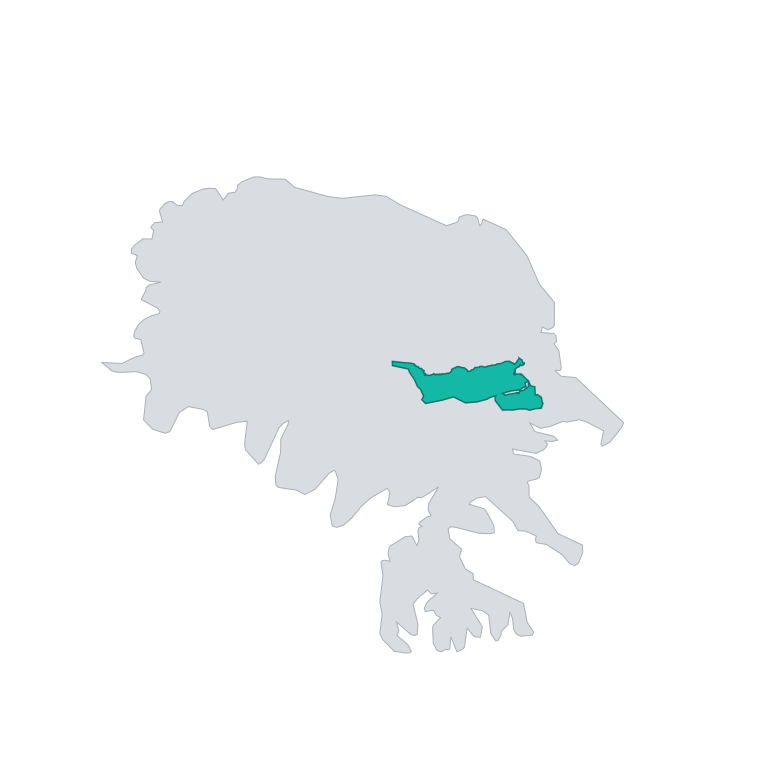 location of Bláskógabyggð, Suðurland, Iceland, rotated 225°
{"feature_id": "244011B85102906551816", "entity_name": "Bláskógabyggð", "entity_type": "district", "adm_level": 2, "iso_a3": "ISL", "parent_name": "Iceland", "parent_adm1": "Suðurland", "projection": "albers", "projection_center": [-20.271, 64.468], "detail": "fine", "context": "in_parent", "style": "filled", "palette": "teal", "viewbox_px": 768, "rotation_deg": 225, "n_neighbors": 0, "source": "geoboundaries", "source_scale": "gbopen_adm2", "svg_char_len": 9414}
<svg xmlns="http://www.w3.org/2000/svg" viewBox="0 0 768 768"><g transform="rotate(225 384 384)"><path d="M553.1,222.4L558.9,222.5L567.9,217.5L580.3,204.0L585.7,200.8L598.6,199.7L583.9,213.1L579.2,226.7L575.3,233.5L575.6,236.3L587.4,243.4L592.5,240.3L595.0,241.1L597.4,244.7L599.5,252.0L599.3,259.9L596.7,267.9L592.9,274.8L593.7,276.8L597.3,277.6L615.5,272.0L618.4,281.3L620.4,284.4L620.2,287.6L613.7,298.5L621.8,291.3L628.6,288.8L640.6,290.9L645.8,294.1L649.3,300.4L655.0,297.7L658.1,301.1L658.6,305.1L657.1,316.2L650.6,322.4L655.6,329.8L659.2,329.6L660.0,331.4L660.1,336.1L655.2,342.1L664.8,347.3L666.2,349.4L666.4,356.5L665.3,360.6L662.8,363.2L656.3,364.3L652.6,367.3L654.4,371.4L654.3,383.3L650.1,393.5L645.7,399.2L641.2,403.0L627.7,400.5L629.0,408.8L624.8,414.4L626.0,418.6L627.9,420.6L627.6,426.2L622.6,438.2L618.6,442.3L610.4,447.5L598.8,458.9L586.3,459.8L556.4,476.9L544.7,485.8L524.2,511.3L515.2,518.2L499.4,522.1L451.8,540.1L446.8,549.8L446.6,551.9L448.9,555.4L445.4,562.3L438.3,567.4L434.8,567.5L428.6,563.6L427.9,565.6L430.5,570.6L406.9,579.5L373.7,575.8L344.4,564.4L321.2,562.2L305.0,545.9L304.6,543.3L306.3,538.3L312.2,536.3L309.4,531.3L299.6,539.9L296.4,539.6L292.2,536.1L292.1,532.7L284.0,531.3L270.0,520.7L269.0,518.4L272.4,515.0L271.8,514.3L264.1,514.8L253.0,524.1L187.2,526.1L185.1,520.9L183.1,502.2L185.7,494.3L188.4,495.2L195.6,506.1L213.3,500.7L220.5,497.0L227.4,486.9L231.2,483.8L236.8,470.9L242.3,463.1L253.4,459.6L243.6,457.1L227.0,467.1L221.5,467.0L224.2,462.5L230.0,457.6L226.1,457.1L224.7,454.7L224.7,449.9L227.7,442.2L247.2,428.9L242.8,426.1L229.3,436.4L219.5,439.7L211.8,434.7L208.2,428.1L208.6,425.3L213.4,417.1L212.7,415.5L209.6,414.6L201.4,406.7L188.0,407.0L155.2,401.2L129.8,410.4L124.1,405.2L119.8,394.4L121.0,390.4L125.5,388.3L137.6,389.3L155.7,385.3L164.1,379.5L167.2,381.2L168.5,384.2L179.7,380.1L185.7,375.0L195.5,377.9L232.5,376.2L237.5,369.3L239.6,360.9L238.8,359.2L225.1,366.5L222.0,366.3L206.4,361.7L200.9,356.9L202.9,353.3L211.5,345.5L232.9,332.7L235.9,330.1L236.2,326.9L228.1,321.0L212.3,322.1L208.5,315.2L195.7,310.8L186.9,312.9L182.5,308.7L130.3,327.5L114.2,316.7L102.5,314.3L101.6,311.2L109.1,302.2L113.9,300.8L118.6,302.0L127.3,309.1L133.4,311.5L126.1,301.4L126.3,292.1L124.0,289.6L122.0,283.4L123.1,281.3L132.3,283.2L146.6,294.7L154.1,293.2L163.9,286.8L142.8,281.9L136.8,273.1L141.6,269.0L152.6,270.1L141.1,255.0L140.7,252.5L143.1,246.2L158.0,252.6L150.5,243.6L150.3,241.7L152.7,240.2L154.2,235.0L158.1,233.1L165.6,235.3L177.1,245.8L178.6,248.6L178.7,258.7L183.4,257.4L189.0,259.0L193.9,252.3L197.0,254.0L199.3,260.3L198.5,273.7L201.9,269.2L207.5,269.0L208.7,257.9L208.0,249.0L190.2,238.1L183.5,230.4L184.4,227.9L188.0,225.8L206.8,224.6L199.0,220.0L197.1,215.4L182.9,216.5L175.7,214.4L175.7,212.1L178.7,208.9L187.6,202.3L203.9,202.3L210.4,204.5L222.7,220.1L232.6,226.6L249.2,247.7L260.0,255.8L260.5,257.9L258.6,260.2L254.4,262.9L260.8,266.6L264.7,272.0L264.9,274.4L261.0,291.0L256.8,296.3L246.6,293.0L248.9,298.3L256.1,304.1L257.7,307.3L256.6,310.4L260.1,309.5L261.2,311.2L259.4,320.7L257.5,324.1L263.6,326.1L267.8,330.9L272.7,350.0L275.7,335.4L277.2,330.0L279.8,328.1L282.9,313.2L290.0,304.4L296.4,301.2L303.0,311.5L307.8,312.6L312.8,294.3L313.5,280.8L312.0,266.0L312.9,255.4L316.1,249.1L320.4,247.1L329.5,253.4L337.2,268.1L348.8,284.0L356.9,288.0L358.3,287.4L359.7,282.2L358.3,261.1L361.8,249.8L371.2,246.9L385.2,236.4L388.5,235.9L395.6,241.7L408.8,262.6L418.1,272.2L423.3,287.7L425.6,290.6L427.4,285.6L427.3,278.6L415.4,246.5L415.1,242.1L416.0,238.5L435.6,239.6L440.1,243.0L454.4,261.0L460.8,253.1L473.0,230.6L477.6,231.0L489.3,239.4L493.7,238.3L506.4,229.6L508.6,219.3L501.8,198.8L503.9,194.4L515.6,188.5L528.7,188.7L543.5,207.0L544.6,216.0L553.1,222.4Z" fill="#d9dde1" stroke="#a8b0b8" stroke-width="1"/><path d="M256.1,479.0L257.9,482.6L259.9,483.5L263.4,485.9L264.1,485.3L264.4,485.2L264.5,485.2L264.6,485.3L264.8,485.3L265.1,485.6L265.3,485.3L267.9,485.1L268.2,484.9L268.2,484.4L268.3,484.1L268.4,483.7L269.0,483.4L269.5,483.3L275.4,488.6L279.0,486.4L283.9,488.2L291.5,488.1L292.0,488.3L292.6,488.0L292.9,488.1L293.1,488.0L293.1,487.9L293.6,487.8L293.7,487.6L293.8,487.7L293.7,487.8L293.8,487.8L293.7,488.0L294.0,488.1L297.3,484.7L297.5,484.3L297.7,483.7L298.1,483.1L298.6,482.7L298.9,482.6L299.4,482.7L299.5,482.8L299.5,483.2L299.7,483.6L299.3,484.0L299.6,484.6L299.3,484.8L299.7,484.9L300.2,484.7L300.3,484.8L300.0,485.1L300.5,485.5L300.5,485.9L300.4,486.1L300.6,486.3L301.1,486.2L301.3,486.3L301.5,486.9L301.7,487.1L301.6,487.3L301.8,487.5L301.7,487.7L301.7,488.1L301.6,488.5L301.8,488.8L301.7,489.1L301.8,489.3L301.8,489.5L301.6,489.7L301.5,490.0L301.2,490.6L301.4,491.1L301.1,491.4L300.8,491.4L300.7,491.7L301.0,492.9L301.1,493.2L301.5,493.5L301.4,494.1L300.7,493.8L300.4,493.8L300.0,494.0L299.7,494.3L299.5,494.9L299.3,495.1L299.0,496.2L298.9,496.6L299.1,497.5L299.3,497.8L299.8,498.1L300.5,497.0L300.8,497.0L301.5,497.5L303.6,498.6L303.9,498.3L304.2,498.2L306.8,497.9L306.5,497.7L306.3,497.2L306.2,497.0L306.2,496.4L306.3,496.0L306.1,495.2L306.1,494.8L306.0,494.3L305.9,494.1L305.5,493.8L305.5,493.6L305.7,493.0L305.7,492.8L305.6,492.2L305.6,491.8L305.6,490.5L305.8,490.1L306.1,489.8L307.3,490.2L307.5,490.1L307.7,489.7L308.1,489.5L309.8,489.3L310.1,489.1L310.3,488.8L310.6,488.7L311.2,488.8L311.4,488.7L312.2,488.1L312.6,487.2L313.8,486.2L314.2,485.5L314.4,485.0L314.6,484.1L315.0,483.3L315.1,482.5L315.4,482.1L315.5,482.0L315.9,481.2L316.4,480.4L317.8,478.7L318.4,477.7L318.4,477.1L318.7,476.4L318.7,476.1L318.8,475.9L319.0,475.6L319.1,475.4L319.6,475.1L319.8,474.6L320.1,474.3L320.2,474.2L320.5,473.9L320.8,473.9L321.0,473.7L321.0,473.3L321.1,473.1L321.8,472.4L322.1,471.7L322.4,471.3L322.7,470.7L323.1,470.3L323.5,469.6L323.5,469.3L323.5,469.0L323.8,468.5L324.0,468.4L324.1,468.1L324.6,467.7L325.1,467.0L325.2,466.7L325.7,466.3L326.4,466.0L326.9,466.0L327.4,465.7L328.0,464.8L328.3,464.5L328.7,464.1L328.6,463.6L328.7,463.3L328.8,462.8L328.9,462.6L329.1,462.3L329.6,462.0L329.9,461.2L330.3,461.0L331.0,460.5L331.2,460.2L331.3,460.0L331.2,459.8L331.2,459.0L331.1,458.4L331.2,457.2L331.4,456.6L331.6,456.4L331.8,456.3L332.1,455.7L332.2,455.2L332.2,454.9L331.9,454.4L331.8,454.2L332.0,453.8L332.3,453.6L333.3,452.6L333.4,452.3L333.7,452.0L334.0,451.9L334.6,452.3L334.7,452.7L334.9,452.8L336.6,452.5L337.0,452.3L338.0,452.2L338.3,452.4L338.5,452.3L339.2,451.7L339.9,451.3L340.3,450.8L340.7,450.7L341.0,450.2L341.4,450.2L341.5,450.1L342.0,449.8L342.6,449.5L342.9,449.4L343.1,449.1L343.4,449.0L343.6,448.7L344.1,448.6L344.5,448.0L344.8,447.0L344.9,446.6L345.2,446.2L345.1,445.7L345.3,445.3L345.5,445.1L345.9,444.4L345.9,444.1L345.8,443.7L346.4,442.9L346.2,442.5L346.3,442.2L346.3,441.9L345.8,441.4L345.5,441.3L345.3,441.2L345.3,440.8L345.3,440.2L345.4,439.8L345.3,439.1L345.3,438.9L345.4,438.5L345.6,438.2L345.8,437.3L346.1,437.1L346.4,437.0L346.5,436.8L346.5,436.4L347.2,435.8L347.6,435.2L347.8,434.5L348.1,434.1L348.2,433.7L348.8,433.2L349.7,432.9L349.8,432.7L349.7,432.3L350.0,431.9L350.0,431.7L350.3,431.6L350.2,431.3L350.3,431.0L350.7,431.1L350.9,430.7L351.2,430.7L351.3,430.6L351.1,430.3L351.2,430.0L351.5,429.9L351.9,429.9L351.8,429.5L351.8,429.4L352.6,429.1L353.1,428.2L353.4,428.4L353.6,428.3L353.9,427.7L354.0,427.3L354.0,427.2L354.1,426.7L354.5,426.4L354.8,426.6L355.0,426.9L356.1,426.6L356.1,426.4L356.1,426.1L356.3,425.7L356.3,425.3L356.7,424.4L357.0,424.0L357.1,423.8L357.1,423.4L357.4,423.1L357.8,422.2L358.3,421.7L358.6,421.7L359.0,421.4L359.2,421.2L359.3,420.9L359.7,420.9L360.0,420.8L360.1,420.3L360.3,420.2L360.6,419.7L360.9,419.1L361.1,419.0L361.4,419.0L361.5,419.5L361.9,419.9L361.9,420.1L361.9,420.3L361.9,420.6L362.0,420.7L362.6,420.4L362.7,419.9L363.0,419.7L363.4,419.7L363.5,419.8L363.7,420.1L364.3,420.5L364.7,420.9L365.0,421.0L364.8,421.4L364.8,421.5L365.2,421.8L365.4,421.6L365.6,421.6L365.9,421.4L366.3,421.4L366.8,421.0L367.2,421.1L367.6,421.0L367.8,421.1L367.9,421.4L368.4,421.5L369.3,420.6L370.2,420.1L370.6,420.1L371.3,420.4L372.1,420.4L372.7,420.1L372.9,419.8L372.9,419.6L373.5,419.4L374.0,419.5L374.3,419.2L374.5,419.1L374.9,419.4L375.1,419.4L375.4,419.0L375.5,418.9L375.8,419.0L376.1,419.4L376.4,419.5L377.0,419.3L379.7,417.7L384.3,413.7L394.1,405.9L391.0,403.0L377.3,411.9L374.3,410.4L365.5,408.6L358.4,405.9L354.2,406.1L347.4,403.4L346.1,399.7L340.9,399.6L331.5,413.6L325.8,424.0L313.1,428.3L305.7,436.9L300.9,445.2L300.4,446.1L300.1,447.1L300.0,448.1L299.8,448.5L299.5,449.5L296.7,454.8L296.1,453.6L295.4,452.5L294.5,451.6L293.4,450.9L281.8,449.3L278.3,453.1L274.8,456.4L270.3,462.5L269.4,463.3L265.7,466.9L262.5,468.4L260.1,472.6L258.8,474.5L256.0,477.6L256.2,478.0L255.8,478.5L256.0,478.7L256.1,478.8L256.1,479.0ZM283.9,488.2L279.9,484.2L280.7,479.4L280.6,478.7L281.3,477.4L282.3,476.0L283.3,475.0L282.3,474.0L281.8,472.3L281.9,472.2L282.5,472.1L282.5,472.5L282.8,472.7L284.1,471.8L284.2,471.2L285.7,468.7L286.2,468.2L286.4,467.7L287.1,466.8L287.4,466.2L287.6,465.9L288.0,465.7L288.2,465.4L288.5,464.9L289.0,464.1L289.3,463.5L289.8,462.8L290.3,462.4L290.6,461.4L292.2,461.5L293.6,461.1L291.4,465.3L291.3,465.7L290.8,466.4L290.6,466.6L290.4,467.0L289.8,467.5L289.8,467.9L289.3,468.6L289.2,469.3L288.8,469.7L288.1,470.3L287.7,471.0L287.3,471.7L286.5,472.5L284.0,475.7L283.9,476.3L283.5,476.8L283.4,478.8L283.5,479.2L282.8,480.3L282.6,480.5L282.4,481.3L282.2,481.5L282.1,481.8L282.3,482.0L282.1,482.2L282.0,482.4L281.8,482.6L285.0,484.5L283.9,488.2Z" fill="#14b8a6" stroke="#0f766e" stroke-width="1.5"/></g></svg>